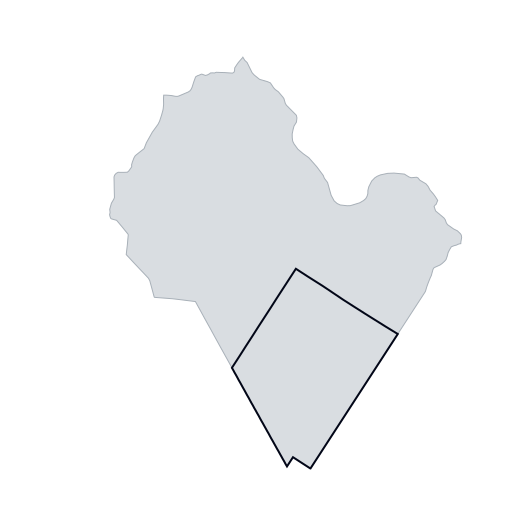 Libya, with Al Kufrah highlighted, rotated 33°
{"feature_id": "LBY-2965", "entity_name": "Al Kufrah", "entity_type": "Municipality", "adm_level": 1, "iso_a3": "LBY", "parent_name": "Libya", "parent_adm1": "", "projection": "mercator", "projection_center": [22.731, 23.273], "detail": "fine", "context": "in_parent", "style": "outline", "palette": "ink", "viewbox_px": 512, "rotation_deg": 33, "n_neighbors": 0, "source": "natural_earth", "source_scale": "10m", "svg_char_len": 4684}
<svg xmlns="http://www.w3.org/2000/svg" viewBox="0 0 512 512"><g transform="rotate(33 256 256)"><path d="M95.4,168.7L97.9,167.4L101.4,166.0L103.2,164.9L104.0,164.0L106.6,160.2L108.0,158.1L109.9,155.3L110.7,153.3L110.8,151.5L110.5,149.3L109.0,143.9L107.8,138.7L108.7,136.7L109.5,135.8L111.1,133.3L111.8,132.9L115.3,132.1L116.7,130.5L117.8,128.4L118.1,127.3L119.6,126.2L121.5,125.1L122.6,123.6L126.3,121.4L129.7,119.3L133.7,117.1L136.7,115.4L137.4,114.0L137.3,112.7L135.7,109.8L135.7,106.3L135.8,103.5L136.0,101.8L136.7,97.0L136.7,96.4L139.9,98.0L143.2,98.6L152.9,104.4L156.0,105.2L162.8,105.9L170.8,103.5L173.8,103.0L179.1,105.3L181.4,105.9L185.3,106.1L192.0,108.1L193.7,108.8L197.5,112.1L199.4,113.0L213.2,116.0L215.1,117.9L217.0,121.7L217.1,126.3L218.2,129.7L219.9,134.0L222.0,137.1L224.2,139.7L226.9,141.3L232.9,143.6L239.8,144.5L246.7,144.8L258.5,148.1L268.5,151.8L271.0,153.6L276.0,155.4L286.0,164.2L291.5,167.2L295.4,167.8L298.9,167.3L305.1,164.2L307.7,162.4L314.0,154.9L316.0,150.9L316.8,148.1L316.6,145.3L315.8,142.7L314.1,140.0L312.9,136.5L312.2,130.1L313.1,125.6L314.3,123.0L316.2,120.2L321.4,115.0L326.6,111.3L335.8,106.5L341.2,106.4L343.4,105.9L347.8,102.5L349.5,102.3L352.0,103.2L359.2,102.9L362.4,103.9L366.2,106.0L371.1,107.4L374.4,108.7L378.1,110.4L378.9,114.6L378.5,115.8L378.4,117.5L382.1,120.4L392.8,121.7L394.9,122.5L397.8,124.7L399.7,125.4L407.0,125.7L411.2,125.2L415.3,126.0L416.8,126.7L418.4,128.5L420.2,132.7L421.0,134.1L420.2,134.8L419.0,136.2L418.3,137.5L416.4,139.6L414.8,141.9L414.9,145.2L415.3,148.6L416.4,151.8L417.3,155.5L417.0,157.8L416.2,160.8L415.3,163.2L412.1,168.2L411.6,169.4L411.8,171.1L413.7,177.0L413.9,178.8L415.0,184.5L416.1,189.2L417.2,192.8L417.4,193.8L417.4,199.2L417.4,204.5L417.4,209.8L417.4,215.1L417.4,220.5L417.4,225.8L417.4,231.0L417.4,236.3L417.4,241.6L417.4,246.8L417.4,252.1L417.4,257.3L417.4,262.5L417.4,267.7L417.4,272.9L417.4,278.1L417.4,283.3L417.4,288.5L417.4,293.6L417.4,298.8L417.4,303.9L417.4,309.1L417.4,314.2L417.4,319.3L417.4,324.4L417.4,329.5L417.4,334.6L417.4,339.7L417.4,344.8L417.4,349.8L417.4,354.9L417.4,359.9L417.4,371.1L417.4,382.2L417.4,393.3L417.4,404.4L417.3,404.5L417.2,404.5L412.0,404.6L406.9,404.6L401.7,404.5L396.6,404.5L396.6,407.3L396.6,410.1L396.6,412.8L396.6,415.6L386.6,410.4L376.6,405.1L366.7,399.9L356.7,394.6L346.7,389.4L336.7,384.1L326.7,378.8L316.8,373.5L306.8,368.2L296.8,362.9L286.8,357.6L276.8,352.3L266.9,347.0L256.9,341.6L246.9,336.3L236.9,330.9L230.0,327.2L222.6,330.8L216.8,333.6L209.1,337.4L200.3,342.2L193.5,345.9L193.2,345.9L192.9,345.8L185.9,339.5L180.4,334.6L177.9,333.2L167.5,330.7L157.2,328.2L146.4,325.5L144.4,321.5L142.2,317.0L139.2,311.4L137.4,307.9L136.8,307.4L128.5,304.7L119.7,302.0L114.5,303.6L113.6,303.5L112.2,302.5L110.7,301.1L110.0,299.1L107.9,296.5L106.0,290.5L105.8,285.7L105.4,284.0L100.8,277.3L96.7,271.2L93.9,267.1L93.4,265.2L93.7,262.9L94.8,260.9L98.8,258.4L102.5,255.8L103.0,253.9L103.2,248.9L102.0,247.3L101.1,244.3L100.2,240.2L100.1,237.6L101.8,232.4L103.7,226.9L102.4,220.8L101.6,208.6L102.1,198.9L101.7,195.4L101.3,193.9L100.1,189.3L98.6,184.6L97.9,182.9L95.9,179.1L92.7,174.4L91.0,171.4L93.3,169.9L95.4,168.7Z" fill="#d9dde1" stroke="#a8b0b8" stroke-width="1"/><path d="M396.6,415.6L394.0,414.3L391.5,412.9L388.9,411.6L386.3,410.2L383.8,408.9L381.2,407.5L378.6,406.2L376.0,404.8L373.5,403.5L370.9,402.1L368.3,400.8L365.7,399.4L363.2,398.0L360.6,396.7L358.0,395.3L355.5,394.0L352.9,392.6L350.3,391.3L347.7,389.9L345.2,388.5L342.6,387.2L340.0,385.8L337.4,384.5L334.9,383.1L332.3,381.8L329.7,380.4L327.2,379.0L324.6,377.7L322.0,376.3L319.4,374.9L316.9,373.6L314.3,372.2L311.7,370.8L309.1,369.5L306.6,368.1L304.0,366.7L301.4,365.4L298.9,364.0L296.7,362.9L296.7,361.1L296.7,360.9L296.7,360.7L296.7,360.4L296.7,360.2L296.7,359.9L296.7,359.7L296.7,359.2L296.7,348.0L296.6,336.8L296.6,325.5L296.5,314.2L296.5,302.9L296.5,291.5L296.4,280.0L296.4,268.5L296.4,256.8L296.4,245.0L303.5,245.0L310.5,245.0L319.6,244.9L328.7,244.8L341.2,245.0L353.7,245.2L365.9,245.1L378.1,245.0L390.3,244.8L402.5,244.6L410.1,244.4L417.4,244.2L417.4,248.6L417.4,253.2L417.4,260.0L417.4,266.7L417.4,273.5L417.4,280.2L417.4,287.0L417.4,293.7L417.4,300.4L417.4,307.0L417.4,313.7L417.4,320.4L417.4,327.0L417.4,333.6L417.4,340.2L417.4,346.8L417.4,353.4L417.4,359.9L417.4,362.7L417.4,365.5L417.4,368.3L417.4,371.1L417.4,373.9L417.4,376.7L417.4,379.5L417.4,382.2L417.4,385.0L417.4,387.8L417.4,390.6L417.4,393.3L417.4,395.5L417.4,397.6L417.4,399.7L417.4,401.8L417.4,404.3L417.4,404.5L417.2,404.6L415.1,404.6L412.0,404.6L409.5,404.6L406.9,404.6L404.1,404.6L401.7,404.6L400.0,404.6L396.6,404.6L396.6,407.3L396.6,410.1L396.6,412.8L396.6,415.6Z" fill="none" stroke="#020617" stroke-width="2"/></g></svg>